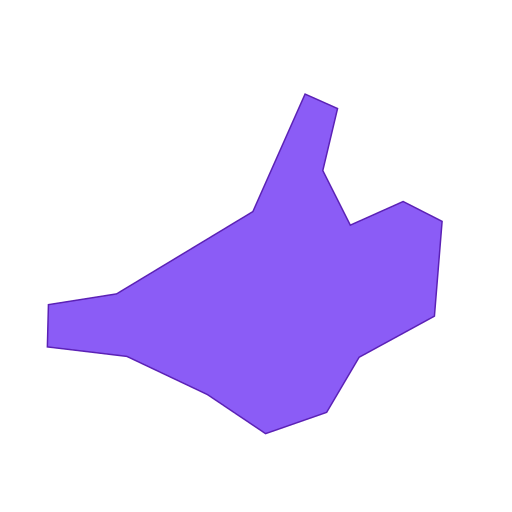 the City of Port Louis city, rotated 15°
{"feature_id": "MUS-5190", "entity_name": "Port Louis city", "entity_type": "City", "adm_level": 1, "iso_a3": "MUS", "parent_name": "Mauritius", "parent_adm1": "", "projection": "albers", "projection_center": [57.494, -20.147], "detail": "fine", "context": "isolated", "style": "filled", "palette": "violet", "viewbox_px": 512, "rotation_deg": 15, "n_neighbors": 0, "source": "natural_earth", "source_scale": "10m", "svg_char_len": 369}
<svg xmlns="http://www.w3.org/2000/svg" viewBox="0 0 512 512"><g transform="rotate(15 256 256)"><path d="M68.1,356.7L131.1,328.7L241.5,213.9L261.5,86.9L296.6,92.5L298.4,156.2L339.1,201.8L384.0,165.3L426.8,174.4L443.9,267.9L381.8,327.1L364.7,388.7L311.2,425.1L244.9,402.4L157.2,386.4L78.0,397.8L68.1,356.7Z" fill="#8b5cf6" stroke="#5b21b6" stroke-width="1.5"/></g></svg>